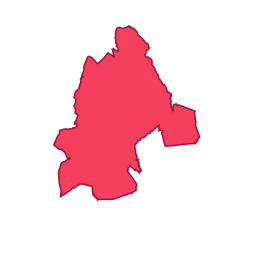 Panindícuaro, Michoacán, Mexico, rotated 117°
{"feature_id": "50627088B83014075523686", "entity_name": "Panindícuaro", "entity_type": "district", "adm_level": 2, "iso_a3": "MEX", "parent_name": "Mexico", "parent_adm1": "Michoacán", "projection": "orthographic", "projection_center": [-101.781, 20.018], "detail": "fine", "context": "isolated", "style": "filled", "palette": "rose", "viewbox_px": 256, "rotation_deg": 117, "n_neighbors": 0, "source": "geoboundaries", "source_scale": "gbopen_adm2", "svg_char_len": 5754}
<svg xmlns="http://www.w3.org/2000/svg" viewBox="0 0 256 256"><g transform="rotate(117 128 128)"><path d="M219.7,156.6L219.3,156.6L218.7,156.2L217.7,156.2L217.4,156.3L216.9,155.7L217.0,155.2L210.2,151.4L206.3,149.8L206.1,149.0L204.8,148.4L199.9,145.4L198.4,142.6L197.6,140.6L197.8,139.5L197.3,137.6L197.3,136.3L195.8,133.5L201.0,130.7L203.0,128.9L202.5,128.0L202.9,128.0L203.2,128.7L203.6,128.6L203.6,127.3L204.0,127.2L204.0,126.9L204.6,125.6L204.5,124.7L204.9,124.7L205.0,124.5L204.3,124.3L206.0,122.3L205.0,121.9L198.1,108.7L184.6,95.9L184.6,94.8L182.9,94.6L180.3,92.7L179.7,92.7L178.9,92.7L178.2,93.5L176.7,94.2L175.5,94.0L174.5,94.7L174.1,94.7L166.3,109.4L165.0,108.8L164.8,109.9L162.6,109.5L161.8,109.2L161.2,109.3L160.9,108.7L162.1,103.3L162.4,103.3L162.5,102.9L162.1,102.8L161.4,102.3L162.2,101.8L162.0,101.5L162.1,100.1L162.0,99.5L162.4,98.7L162.6,98.6L162.8,97.8L162.3,97.6L162.3,97.3L162.0,97.2L160.8,97.2L160.6,97.7L159.9,97.8L159.9,97.1L159.6,97.1L159.6,97.8L159.3,97.8L159.2,98.2L157.8,98.8L158.3,98.8L158.7,99.1L157.9,100.2L157.7,100.4L157.6,100.2L157.0,100.1L156.9,100.8L156.6,100.8L156.6,101.3L155.9,101.6L155.5,101.5L154.9,101.9L154.8,102.0L155.3,102.3L155.0,102.5L154.5,102.6L154.1,102.5L153.9,103.2L153.3,103.5L153.5,104.0L153.1,104.2L152.8,104.7L152.8,106.2L152.7,106.2L152.6,104.3L152.3,104.7L151.8,104.6L152.0,104.8L151.3,105.9L150.1,106.8L148.8,107.4L148.3,108.4L146.6,110.1L145.2,110.7L142.8,112.7L142.2,112.8L142.0,113.4L141.3,113.7L140.2,113.9L139.4,113.9L135.3,113.2L133.0,111.6L131.7,112.0L130.8,111.1L130.1,110.9L129.5,110.4L128.4,109.0L128.0,109.2L127.6,108.6L124.5,108.0L122.5,106.1L120.2,105.8L120.1,105.4L119.5,104.8L117.1,103.9L116.5,103.8L114.4,102.9L114.0,103.1L113.7,103.4L113.0,102.6L112.7,102.1L111.7,101.8L112.2,101.2L113.1,101.1L113.0,100.8L113.2,100.7L115.2,99.7L114.3,99.1L114.8,98.5L115.5,98.4L115.9,99.3L116.5,99.3L114.8,97.2L114.4,96.1L114.9,95.6L115.4,95.5L115.9,95.7L116.8,95.9L117.1,95.7L126.3,87.6L126.2,87.0L126.8,87.0L127.1,86.3L125.9,84.1L115.4,68.0L114.1,66.2L112.2,62.9L112.3,62.2L111.5,62.0L111.6,61.3L111.0,60.9L110.2,61.1L109.5,60.9L109.2,61.1L109.2,60.7L108.4,60.6L107.8,59.9L107.0,60.4L106.5,60.5L106.5,60.9L103.8,60.1L103.4,60.2L103.1,60.8L102.4,61.2L95.0,69.1L94.4,69.2L94.1,69.7L93.5,69.9L92.8,70.1L92.2,70.0L91.3,70.5L89.2,72.4L86.3,74.3L83.7,75.6L82.5,75.9L83.5,84.0L83.9,89.2L84.3,91.0L84.4,93.2L85.7,93.9L85.6,94.2L85.1,94.8L84.6,96.2L85.3,96.5L86.3,97.6L87.3,97.7L89.0,97.2L89.9,97.1L90.3,96.6L91.2,96.4L91.8,95.8L92.4,95.9L92.0,96.1L90.6,97.9L90.5,98.3L89.2,98.8L88.4,99.9L88.0,100.2L87.3,100.3L87.0,100.9L86.7,100.9L85.2,101.7L84.7,101.6L84.0,102.4L83.5,102.7L83.0,103.5L82.0,103.6L81.1,104.3L80.4,104.3L80.4,104.0L80.0,104.1L79.5,104.1L79.5,104.5L78.7,104.3L78.2,104.8L78.3,105.7L77.9,106.3L77.9,106.9L77.5,107.4L77.9,109.0L77.6,110.0L76.9,110.2L76.0,111.4L75.6,111.5L75.1,111.9L74.5,112.7L74.1,113.6L73.0,114.7L73.0,115.2L73.4,116.6L71.7,119.1L71.3,120.2L70.6,120.6L70.2,122.5L68.4,124.3L67.6,124.8L66.9,125.5L66.6,126.7L65.4,128.1L64.6,129.6L63.6,130.5L62.8,131.4L62.2,132.4L61.9,132.6L61.6,134.1L60.5,135.5L58.0,136.6L56.9,137.5L56.5,138.0L56.3,138.6L55.9,140.4L56.0,141.9L55.7,142.2L56.0,143.2L56.4,143.5L56.2,145.0L55.9,145.9L53.5,146.0L52.5,146.1L51.5,146.6L50.1,146.4L49.0,145.6L48.1,145.7L47.0,145.3L46.9,146.1L46.5,146.6L46.2,146.6L45.8,147.0L45.5,147.0L44.9,147.5L44.5,148.0L44.1,149.5L43.7,152.3L42.8,153.4L42.8,154.9L42.1,154.9L41.8,155.4L41.9,156.2L41.1,158.2L40.7,160.8L40.6,160.7L39.8,162.3L38.3,163.5L38.0,164.0L37.6,165.5L37.2,165.9L37.1,166.7L37.3,167.2L37.2,167.6L36.7,168.1L37.5,170.7L36.9,170.8L36.6,171.3L36.3,171.2L36.6,171.5L36.6,171.8L36.8,172.1L37.4,171.6L36.5,173.5L38.6,174.7L39.7,175.6L41.5,177.6L42.2,181.5L43.3,182.1L43.7,182.9L45.5,183.2L48.1,182.6L50.3,181.7L51.8,180.8L53.2,180.5L55.3,178.9L58.1,177.3L58.2,176.7L59.4,175.5L59.7,175.7L60.2,175.6L61.0,174.3L61.0,173.6L61.3,173.2L63.1,172.3L63.7,171.6L64.2,174.0L64.7,174.1L63.9,176.7L64.5,176.5L64.8,176.8L65.0,177.7L69.7,173.8L69.9,173.1L70.1,172.9L71.2,172.7L70.7,173.4L70.7,175.8L70.0,179.9L77.2,181.4L84.3,184.1L83.8,186.8L82.8,188.5L82.8,189.3L81.7,191.8L81.8,195.3L82.1,195.7L82.9,196.1L89.6,195.7L91.8,195.5L93.8,195.1L95.3,193.9L96.7,193.5L99.6,193.1L102.2,193.0L102.1,192.8L102.6,191.8L102.7,191.1L103.2,191.6L103.7,191.7L103.5,192.4L104.6,192.4L105.9,192.5L105.8,191.9L107.5,191.6L107.8,191.4L108.3,190.6L108.4,190.8L108.7,190.7L109.2,190.9L110.8,190.6L111.3,190.7L112.0,190.4L112.1,190.0L112.3,189.9L113.6,190.1L115.3,189.7L117.1,190.2L118.3,190.9L120.0,191.1L121.3,190.9L123.1,190.3L125.5,190.0L125.7,187.9L126.5,187.3L129.2,186.3L132.6,186.1L133.3,185.9L134.2,184.0L134.5,183.7L135.3,183.6L136.0,182.8L137.7,182.4L138.3,181.6L138.7,181.8L138.9,181.3L138.9,180.4L139.1,180.1L139.2,178.2L143.2,177.9L143.6,177.5L144.3,177.8L144.5,177.4L147.0,178.2L147.5,177.0L147.9,177.2L148.0,177.4L148.6,177.3L147.8,176.6L147.8,176.0L147.9,175.6L148.1,175.7L148.6,175.2L148.7,174.5L148.8,174.4L149.4,174.8L151.9,175.2L152.9,177.2L154.4,177.6L155.0,179.2L156.3,180.9L157.2,183.3L159.6,186.2L161.2,187.9L164.3,186.4L165.8,186.8L168.5,187.0L176.5,186.5L177.0,185.4L178.2,180.4L177.8,178.4L177.4,178.1L177.2,177.7L177.6,177.0L177.8,175.4L177.7,174.4L178.4,174.4L178.2,173.5L178.6,173.1L179.7,171.3L180.5,170.7L181.2,169.4L182.0,168.5L182.4,168.5L182.5,168.0L181.8,167.2L181.2,166.8L181.0,166.2L181.7,165.7L183.4,166.7L184.3,167.9L185.2,168.7L186.1,168.8L186.8,169.1L187.0,169.3L187.0,169.9L187.6,170.4L188.4,170.5L189.5,171.6L190.4,171.6L192.7,170.7L197.5,170.2L198.4,169.4L198.9,169.2L199.4,169.4L199.6,169.2L200.4,169.1L208.6,164.0L215.6,158.0L215.9,158.0L216.0,158.4L216.8,157.9L218.4,157.4L218.8,157.7L218.7,158.1L219.1,157.3L219.7,156.6Z" fill="#f43f5e" stroke="#9f1239" stroke-width="1.5"/></g></svg>